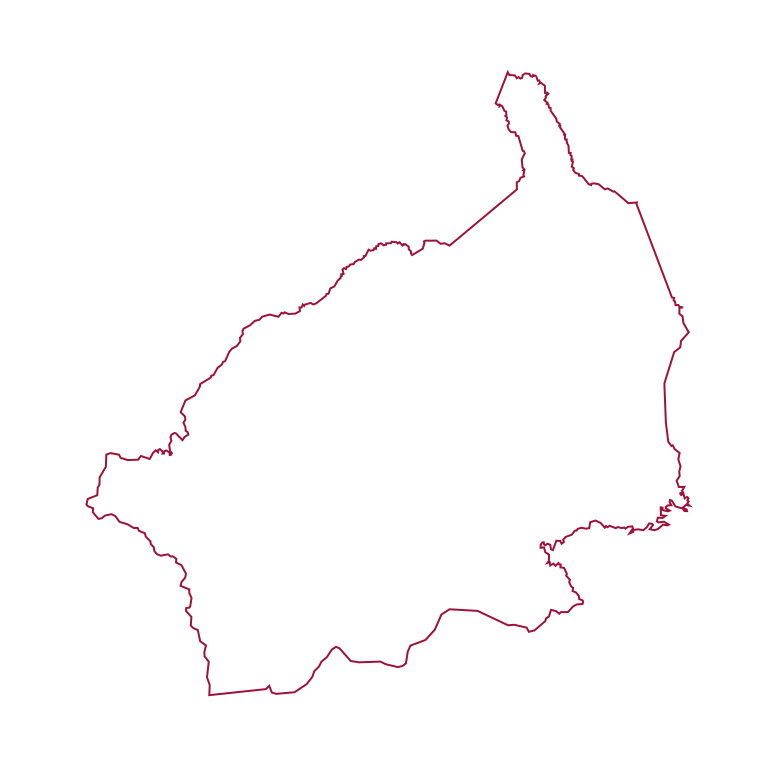 the district of Kasempa, North-Western, Zambia, rotated 84°
{"feature_id": "96606910B75049689384444", "entity_name": "Kasempa", "entity_type": "district", "adm_level": 2, "iso_a3": "ZMB", "parent_name": "Zambia", "parent_adm1": "North-Western", "projection": "mercator", "projection_center": [25.871, -13.795], "detail": "fine", "context": "isolated", "style": "outline", "palette": "rose", "viewbox_px": 768, "rotation_deg": 84, "n_neighbors": 0, "source": "geoboundaries", "source_scale": "gbopen_adm2", "svg_char_len": 6107}
<svg xmlns="http://www.w3.org/2000/svg" viewBox="0 0 768 768"><g transform="rotate(84 384 384)"><path d="M229.9,113.6L229.7,122.1L216.5,134.6L216.7,135.8L212.9,141.1L213.5,144.0L207.8,149.6L206.5,153.7L206.5,156.8L207.8,157.3L206.6,159.6L198.0,165.1L197.1,168.3L195.7,168.0L193.8,171.8L190.9,173.5L189.3,172.6L187.6,174.5L182.5,172.8L181.6,174.1L180.3,173.2L179.9,174.2L177.0,173.5L175.8,174.7L173.7,174.2L173.5,176.0L166.3,175.6L163.2,176.9L159.9,176.8L159.9,178.1L158.6,178.4L154.9,177.8L154.8,178.8L153.8,178.4L147.4,182.0L145.6,181.6L145.4,182.7L143.8,182.0L141.0,184.7L138.1,184.9L129.7,189.7L126.8,189.5L126.5,190.9L123.1,191.3L122.4,192.8L121.6,192.0L118.3,194.9L116.3,193.1L114.9,193.3L112.4,190.2L111.3,191.3L112.4,191.9L111.4,193.5L104.2,192.8L100.9,196.5L101.3,198.0L100.3,197.3L98.3,198.0L98.4,199.4L93.8,200.5L92.9,201.8L93.4,202.8L92.4,203.5L93.9,204.4L93.1,206.1L90.8,206.9L89.9,211.1L91.4,213.9L94.0,214.6L94.5,216.5L92.8,218.1L93.8,219.9L90.8,221.6L89.8,227.0L86.8,228.3L116.6,243.6L118.3,241.9L118.1,240.2L119.9,240.2L118.9,238.9L120.1,237.3L125.0,235.6L125.9,234.1L129.6,234.2L130.1,235.3L131.9,233.8L134.6,234.7L136.0,232.5L138.1,232.6L139.9,234.2L143.8,233.4L146.7,231.4L147.4,227.1L151.0,226.6L151.4,224.5L166.6,221.7L167.2,220.4L169.4,219.9L175.0,223.5L183.1,223.6L184.7,222.3L185.8,223.1L186.0,222.0L190.7,223.5L192.2,223.0L193.2,226.7L196.3,228.4L197.3,230.9L204.4,231.5L253.2,304.3L250.4,308.9L250.5,313.0L246.9,316.7L245.8,327.8L246.4,329.4L247.8,329.0L253.5,331.3L258.7,342.5L256.8,343.6L255.1,343.2L252.6,345.3L250.0,345.1L247.1,348.3L248.0,350.6L247.1,350.4L247.4,351.8L244.6,353.7L245.7,355.7L244.3,356.8L243.3,361.6L244.7,362.5L244.4,367.2L245.7,367.4L246.0,369.9L243.8,372.2L244.3,374.9L246.2,375.3L246.2,377.3L248.7,377.9L248.0,379.4L249.7,380.3L250.0,383.6L248.8,385.3L254.7,389.0L254.7,390.7L255.9,390.6L258.2,393.7L257.7,396.0L259.6,400.2L261.5,401.6L261.7,405.3L263.4,406.6L263.7,409.0L265.7,409.8L264.6,411.6L265.7,413.3L270.3,412.7L270.4,415.1L272.0,414.6L272.4,415.8L274.0,416.0L276.4,419.3L281.8,423.2L283.3,427.4L288.4,429.7L288.6,431.8L290.2,432.5L296.8,443.1L297.5,446.1L295.7,448.5L296.8,454.4L298.0,455.2L296.4,456.5L299.3,458.0L299.0,460.0L302.7,460.0L304.7,464.8L304.4,471.6L302.3,475.5L303.4,476.5L302.5,478.5L306.1,481.9L303.0,490.5L304.3,498.0L307.1,501.2L307.7,505.9L311.5,510.9L314.3,517.9L316.6,519.2L319.8,519.2L323.0,522.4L326.6,522.4L330.9,526.5L333.0,531.7L336.0,534.6L344.6,539.6L345.3,541.9L347.7,543.2L350.5,547.8L357.4,552.6L357.6,554.9L359.4,555.5L364.9,566.9L367.4,567.4L375.5,573.2L379.6,583.2L390.8,589.2L395.5,585.3L398.8,585.3L401.5,587.5L406.1,586.0L409.9,586.1L411.3,584.3L413.9,583.9L415.8,587.8L418.8,590.3L411.4,596.0L410.8,597.3L412.1,600.6L414.7,601.9L418.3,601.4L422.0,604.0L428.1,603.8L430.8,602.2L432.2,603.4L432.3,604.5L429.6,604.6L427.4,607.3L427.9,609.5L430.2,610.1L430.1,611.6L428.3,610.9L425.3,613.8L426.0,615.4L428.2,615.9L426.1,617.9L428.3,620.9L434.1,624.8L430.2,633.2L433.6,636.4L432.8,647.0L429.9,653.7L426.6,654.9L424.1,663.3L425.2,667.5L437.3,669.3L447.2,676.6L454.4,677.5L457.0,679.5L464.6,680.8L467.4,690.7L472.7,692.5L474.5,691.4L477.2,686.3L481.0,687.0L488.3,682.1L488.0,678.7L485.7,675.2L485.0,668.6L487.3,665.0L493.5,661.4L496.6,653.9L501.0,648.0L501.5,644.0L504.4,643.0L507.5,637.4L510.9,636.9L516.1,632.7L518.8,632.7L522.3,630.0L526.2,629.8L529.3,627.9L531.4,624.0L530.8,616.7L533.4,614.0L533.2,612.2L536.2,608.8L539.8,609.5L543.0,604.4L551.8,600.8L555.7,601.9L559.7,606.0L563.5,607.4L567.9,599.1L571.5,599.5L576.6,597.8L584.7,599.9L586.0,600.8L586.2,604.1L589.1,604.6L595.5,599.9L604.0,601.4L606.9,599.1L609.2,594.9L620.6,593.7L625.4,588.4L631.8,590.7L636.0,590.9L641.9,587.3L657.1,590.7L665.3,588.8L675.2,590.3L675.1,533.3L672.2,529.7L679.1,527.8L680.9,523.5L681.2,505.2L674.5,492.4L667.8,485.9L662.4,483.4L658.1,478.1L653.8,475.4L649.6,469.3L642.6,463.6L640.4,459.2L642.2,455.9L656.0,446.0L658.2,437.9L659.7,416.6L662.9,411.5L667.0,399.8L666.3,394.8L664.0,391.3L652.7,388.4L646.9,385.0L642.9,369.5L633.6,359.1L619.3,351.0L614.9,342.4L619.4,314.7L636.9,285.9L637.1,279.5L641.2,267.6L645.6,265.8L644.8,260.1L636.7,248.4L634.1,247.4L632.4,244.2L626.1,241.5L627.9,236.5L630.8,233.7L629.4,232.0L630.0,224.8L625.0,219.3L623.4,215.4L623.5,209.6L621.9,208.7L620.0,209.0L618.3,212.3L615.2,212.4L611.4,214.8L609.6,218.1L606.5,217.3L604.7,219.1L600.3,220.6L598.2,219.5L593.7,222.8L591.8,222.0L585.7,224.2L584.8,227.7L582.0,227.1L581.8,228.6L580.3,229.2L582.8,232.5L580.3,234.3L581.9,237.6L578.6,237.8L579.1,240.3L577.1,238.5L571.0,237.7L568.2,241.1L563.1,242.0L563.3,245.3L560.5,245.1L558.2,243.2L558.1,241.7L560.4,241.5L561.2,240.3L559.9,238.0L561.4,235.4L565.8,235.3L566.9,233.4L557.9,229.0L558.5,225.1L561.4,224.1L559.9,221.6L557.6,222.1L555.1,219.4L553.5,213.0L549.9,209.7L549.9,207.8L548.3,206.4L547.6,202.7L549.0,198.2L548.8,195.0L543.0,193.3L541.9,188.0L544.8,183.1L550.0,179.4L548.5,178.0L549.8,176.7L548.6,174.4L551.6,168.6L550.7,166.4L552.1,162.8L551.9,159.9L553.1,159.0L551.5,156.2L551.6,151.9L553.6,151.5L558.3,155.4L557.2,151.6L555.2,151.1L555.1,146.3L556.5,141.5L553.8,137.5L550.5,135.0L550.9,132.2L552.3,131.1L556.2,134.8L557.7,130.3L556.8,126.5L553.0,121.2L554.2,117.3L553.7,115.4L550.2,120.1L550.4,125.3L549.1,127.0L545.6,125.6L546.3,120.9L544.6,117.8L543.4,122.3L535.6,121.7L536.1,119.9L538.2,120.1L538.9,119.1L540.3,114.8L539.8,113.0L537.2,116.6L535.9,116.7L534.4,114.7L534.6,110.9L531.3,112.3L529.2,111.7L530.0,110.0L536.2,107.0L539.2,99.8L541.6,98.6L542.1,95.9L540.4,96.2L538.2,99.8L535.9,96.4L536.9,92.9L534.6,95.0L532.8,93.3L531.5,94.4L529.4,93.1L528.0,94.4L529.2,96.9L524.6,97.6L525.5,100.0L524.7,100.6L523.7,100.8L523.0,98.0L521.4,98.8L517.7,96.1L517.3,101.5L510.9,103.1L506.5,99.6L501.8,99.5L496.9,97.7L489.7,99.2L483.5,97.2L479.3,101.6L475.2,103.3L475.6,104.7L471.2,107.3L451.7,107.7L415.3,105.3L412.5,105.0L382.6,92.1L378.6,85.6L372.1,84.0L364.4,75.5L354.6,79.9L347.9,80.0L345.0,82.9L338.6,82.2L339.2,80.2L339.2,79.8L338.9,79.5L338.1,82.1L336.2,83.0L336.0,85.8L332.3,86.0L331.3,87.3L328.8,86.5L328.0,88.6L230.8,114.2L229.9,113.6Z" fill="none" stroke="#9f1239" stroke-width="2"/></g></svg>